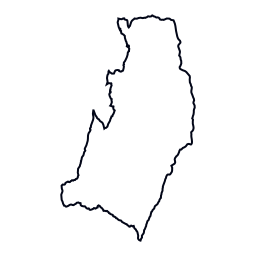 La Uvita, Boyacá, Colombia
{"feature_id": "7082276B58471710913685", "entity_name": "La Uvita", "entity_type": "district", "adm_level": 2, "iso_a3": "COL", "parent_name": "Colombia", "parent_adm1": "Boyacá", "projection": "equal_earth", "projection_center": [-72.564, 6.265], "detail": "fine", "context": "isolated", "style": "outline", "palette": "ink", "viewbox_px": 256, "rotation_deg": 0, "n_neighbors": 0, "source": "geoboundaries", "source_scale": "gbopen_adm2", "svg_char_len": 5755}
<svg xmlns="http://www.w3.org/2000/svg" viewBox="0 0 256 256"><path d="M194.1,100.4L193.9,98.9L193.2,97.4L192.4,95.1L191.4,92.6L191.3,91.0L191.7,88.8L191.8,87.5L191.6,86.7L191.1,85.9L190.7,84.1L189.9,82.5L189.7,79.6L189.9,77.4L189.7,76.0L186.3,72.0L184.9,71.0L182.6,70.2L180.3,69.0L180.0,68.6L179.7,67.9L179.7,66.9L180.5,65.7L181.3,63.5L181.2,60.8L180.7,59.6L180.4,57.3L179.6,56.0L179.2,55.6L179.9,52.4L179.9,51.2L178.3,46.8L178.2,46.0L178.5,45.0L180.4,42.7L180.4,41.8L180.0,40.8L178.4,39.1L177.9,38.2L177.3,36.6L176.1,31.1L175.4,26.1L174.9,23.8L174.0,21.4L173.5,20.3L171.1,19.9L169.6,18.7L169.0,18.6L166.8,18.5L163.7,19.9L163.3,19.7L161.2,19.8L159.9,19.4L159.4,18.3L158.6,17.7L157.6,17.4L156.3,17.5L154.6,16.5L153.5,16.3L152.6,15.5L152.2,15.4L151.1,16.4L149.5,16.6L148.1,16.3L147.0,17.1L146.5,17.4L146.1,17.4L145.2,17.9L144.2,17.7L143.5,18.0L142.6,18.1L140.5,17.7L138.6,18.0L137.1,18.6L135.9,18.7L134.5,18.5L134.0,19.1L133.0,19.8L132.0,20.7L131.2,22.0L130.0,25.7L129.8,26.1L129.3,26.3L128.9,27.4L128.7,27.5L128.5,27.2L127.9,25.8L127.4,20.9L127.1,20.2L124.6,19.4L124.3,19.1L124.2,18.4L123.2,18.4L121.8,19.2L120.6,19.1L118.4,18.6L118.5,19.4L117.7,22.1L117.7,22.6L118.7,27.0L119.7,29.4L120.1,28.6L120.3,28.7L120.3,29.8L121.1,31.0L121.0,31.9L121.4,32.9L121.4,33.4L123.7,34.7L124.2,35.4L124.8,35.9L124.9,37.8L125.9,41.1L126.4,41.9L126.7,43.3L127.1,44.1L127.0,45.7L126.8,46.3L127.1,46.5L127.3,45.7L127.6,45.2L128.8,45.6L129.0,46.2L128.7,47.7L129.3,48.9L129.1,49.5L129.0,51.1L128.6,51.2L128.3,52.0L127.9,52.4L127.7,53.3L127.7,54.3L127.0,56.7L126.7,57.5L126.4,58.2L125.0,61.1L123.9,62.5L123.8,63.6L124.0,64.5L123.5,64.9L123.4,65.2L123.8,66.2L123.9,66.5L123.6,68.4L123.0,70.6L121.2,71.4L121.2,71.5L120.4,71.6L119.4,71.1L119.2,70.7L119.0,70.8L118.7,70.2L117.8,70.0L116.1,70.2L115.3,70.6L115.1,70.9L114.5,72.1L114.0,73.5L113.3,73.6L111.9,73.6L109.4,71.9L108.8,70.9L108.5,71.3L108.4,73.8L107.7,74.6L107.3,75.9L107.0,78.1L107.6,81.9L106.8,84.3L108.4,83.3L108.8,83.2L110.1,83.3L111.2,83.3L111.4,83.8L111.2,84.3L111.6,85.3L111.5,85.6L110.5,88.3L110.4,89.9L110.1,90.0L110.0,91.6L110.7,92.0L110.6,92.5L109.7,93.2L109.3,94.2L109.6,95.8L110.7,98.3L110.9,98.7L111.7,99.1L111.5,100.8L111.8,101.5L111.8,102.4L111.1,104.3L110.7,105.2L110.3,105.7L112.2,106.4L113.4,106.4L113.5,106.8L113.2,107.4L113.3,108.4L113.7,109.6L114.7,110.4L113.7,113.3L113.3,114.1L112.8,114.7L112.4,116.1L111.5,116.4L111.4,117.1L111.1,117.4L110.9,118.3L110.5,118.8L110.0,120.8L108.2,124.0L107.4,126.6L106.1,127.8L105.0,128.0L104.3,128.6L103.4,124.9L102.6,123.1L102.3,122.6L100.1,121.1L99.6,120.5L99.0,119.4L98.4,119.2L97.0,117.9L96.7,117.0L95.4,115.2L93.6,110.4L93.3,110.4L92.9,113.8L93.2,115.9L93.4,116.6L93.4,118.1L93.1,119.8L91.0,125.5L90.8,127.3L90.0,128.4L90.1,129.5L90.5,129.8L90.5,130.0L89.9,131.4L88.8,132.9L88.3,134.2L88.0,135.7L87.9,138.9L87.7,140.8L86.4,145.3L84.8,148.6L84.8,149.4L85.3,150.5L85.2,150.8L84.2,152.1L83.6,154.6L83.3,155.5L82.3,156.7L81.9,157.5L81.4,160.0L80.9,161.0L81.1,161.7L80.7,162.6L80.7,163.3L80.1,164.8L79.8,166.2L78.1,168.7L77.8,172.7L78.2,174.4L78.5,175.2L77.9,176.2L77.8,177.4L77.1,178.6L75.9,179.0L75.0,180.0L74.2,179.9L73.2,180.6L72.1,180.2L71.5,180.8L70.7,181.1L70.1,181.9L69.7,182.1L68.7,182.0L68.1,181.6L67.6,181.7L65.5,182.9L65.1,184.0L64.7,184.5L63.8,184.7L62.8,184.5L62.4,184.8L61.6,185.7L61.8,188.2L61.9,188.9L62.4,190.2L62.5,190.9L62.4,191.7L61.5,194.0L61.3,194.6L61.3,195.3L61.7,199.9L62.5,201.5L63.1,203.6L64.0,205.5L64.4,205.4L65.7,206.5L66.5,206.6L68.4,205.8L69.5,205.0L70.5,204.6L71.6,204.6L72.4,205.0L73.6,205.1L74.7,204.3L75.7,203.9L76.7,202.8L78.5,202.5L79.4,203.1L80.5,203.1L80.6,203.6L80.7,205.0L81.1,205.5L81.7,205.9L83.2,206.3L84.5,206.3L85.0,206.4L86.5,208.2L87.5,208.7L88.5,208.4L88.9,208.5L89.4,209.5L90.1,209.9L91.8,209.5L92.6,209.0L93.3,208.8L93.9,208.1L94.9,208.2L95.3,208.6L96.3,208.2L97.0,207.6L97.6,207.5L97.7,207.2L97.5,206.6L97.6,206.3L97.9,205.8L98.7,205.4L99.1,205.8L99.9,206.1L100.6,207.3L101.5,207.7L103.2,209.7L103.3,210.6L103.6,210.9L104.9,210.8L106.1,211.2L106.9,210.9L107.2,211.0L107.7,211.6L108.5,212.1L109.0,213.1L109.8,213.3L110.3,214.0L112.7,214.9L113.0,215.8L113.3,216.3L113.8,216.5L114.4,216.5L114.9,217.0L115.5,217.2L116.1,218.2L117.0,218.4L118.3,219.7L119.2,220.2L120.9,220.5L121.5,221.1L122.0,221.9L125.8,224.0L126.7,224.2L127.5,225.3L128.5,225.7L129.2,226.6L129.6,226.7L130.0,226.6L131.1,225.6L131.7,225.8L132.6,226.4L133.2,226.0L133.7,225.9L134.4,228.2L134.7,228.6L135.8,229.4L136.3,230.7L137.1,231.4L137.5,232.5L138.2,235.7L138.0,238.1L138.2,238.9L139.1,240.0L139.8,240.4L140.5,240.6L141.1,238.8L142.0,237.5L141.9,235.8L142.6,234.6L143.3,233.8L143.7,233.1L144.0,231.8L144.1,230.2L144.9,229.0L145.6,227.1L146.1,226.1L146.3,224.5L146.8,223.4L147.4,221.2L148.6,220.0L149.5,217.3L150.4,216.1L151.3,212.0L152.0,211.5L152.6,210.1L154.2,208.5L154.6,207.0L155.1,206.0L157.4,204.2L158.5,202.0L159.2,201.2L159.4,200.1L159.9,199.2L160.2,198.6L160.9,197.9L161.0,195.6L161.4,194.5L161.6,192.9L162.5,190.8L162.6,188.4L162.9,187.7L162.8,186.9L163.2,185.5L164.8,181.2L165.3,179.2L166.0,177.9L166.2,176.7L166.9,175.3L167.6,174.6L168.4,174.5L169.4,174.6L170.2,174.3L171.8,171.9L172.1,170.8L172.2,167.7L171.4,165.7L173.9,164.1L174.6,163.6L175.0,162.9L175.2,162.2L174.7,159.3L175.0,158.2L176.3,156.3L177.2,155.6L178.0,154.6L179.0,152.3L179.5,150.6L180.2,149.5L181.3,149.5L182.9,147.9L184.3,147.3L185.7,146.4L187.4,144.2L188.9,143.9L190.9,144.5L191.6,143.8L191.9,143.0L192.0,141.7L191.8,139.5L191.4,137.0L191.3,135.9L191.4,134.3L191.2,132.6L191.2,132.2L192.5,130.9L193.2,129.8L193.6,128.0L193.4,126.3L192.8,123.7L192.8,121.2L193.0,119.7L192.2,118.3L192.6,117.5L192.9,116.1L193.5,114.5L193.8,112.3L193.8,110.5L194.1,109.1L194.7,107.7L194.6,105.5L193.4,103.0L193.5,102.0L194.1,100.4Z" fill="none" stroke="#020617" stroke-width="2"/></svg>